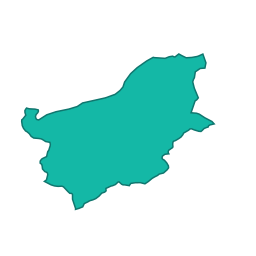 an SVG outline of Bulgaria, rotated 337°
{"feature_id": "BGR", "entity_name": "Bulgaria", "entity_type": "country or territory", "adm_level": 0, "iso_a3": "BGR", "parent_name": "Europe", "parent_adm1": "", "projection": "robinson", "projection_center": [24.961, 42.741], "detail": "fine", "context": "isolated", "style": "filled", "palette": "teal", "viewbox_px": 256, "rotation_deg": 337, "n_neighbors": 0, "source": "natural_earth", "source_scale": "50m", "svg_char_len": 2178}
<svg xmlns="http://www.w3.org/2000/svg" viewBox="0 0 256 256"><g transform="rotate(337 128 128)"><path d="M208.9,157.9L204.6,157.2L203.1,157.4L202.2,158.4L200.2,158.2L197.8,158.2L195.2,159.3L193.8,159.7L191.9,158.7L188.3,155.7L186.2,153.6L184.6,153.1L183.0,153.7L177.2,154.4L175.9,155.6L173.3,157.0L170.6,157.6L166.8,158.1L164.8,158.0L163.7,158.7L162.7,160.7L162.1,162.6L161.5,163.4L156.8,164.4L155.7,165.5L155.4,166.6L155.5,167.7L151.7,166.6L148.8,167.3L148.1,168.1L147.5,169.3L147.9,170.6L148.9,171.8L150.0,175.2L150.4,178.6L149.8,180.5L147.6,181.8L143.1,183.3L138.7,182.6L136.7,183.2L133.5,183.4L130.5,183.8L125.9,185.2L121.8,186.0L118.1,183.2L113.6,181.3L109.0,180.1L107.4,181.0L106.7,181.6L102.8,179.1L101.1,178.3L100.2,177.3L98.6,174.0L97.6,173.9L94.4,175.1L91.4,175.1L89.5,174.8L84.0,175.0L83.3,177.2L82.6,177.6L81.4,177.9L78.4,177.7L74.7,179.4L70.7,180.4L67.5,180.4L64.3,180.0L62.3,180.3L58.2,180.5L55.5,182.9L51.4,182.8L47.9,182.4L48.3,181.6L49.1,171.9L50.9,167.6L50.8,166.7L50.4,166.1L48.9,165.4L47.9,163.1L45.6,156.9L44.4,155.7L40.8,154.4L37.7,152.6L35.0,150.3L30.2,144.5L32.7,143.9L33.5,142.8L35.9,139.6L36.2,138.0L36.0,137.2L34.4,135.6L33.3,132.3L34.2,129.2L34.3,127.6L33.4,126.0L34.3,124.1L36.1,123.0L37.2,122.7L41.9,122.5L44.8,118.5L46.6,117.3L48.5,115.0L49.3,114.2L50.2,112.5L50.5,110.7L46.8,108.2L45.6,106.3L44.0,104.2L41.8,102.8L37.3,100.4L35.6,97.9L34.9,94.6L33.7,92.2L32.5,90.6L32.2,89.3L31.7,87.7L31.6,84.6L32.7,80.4L33.4,79.0L34.9,78.5L38.9,76.3L39.2,73.5L39.9,71.7L41.2,70.7L42.4,70.0L44.5,71.7L49.8,74.3L52.4,76.2L52.2,77.4L51.0,78.6L48.7,79.7L47.3,81.3L47.0,83.2L47.3,84.5L48.9,85.7L58.4,84.1L68.1,84.9L81.1,87.5L89.7,88.4L96.0,87.2L107.8,89.4L118.8,91.4L129.3,92.0L135.2,90.4L139.4,88.3L142.9,84.3L151.7,79.0L160.2,76.0L171.4,73.6L178.8,72.8L179.9,73.6L189.4,78.4L193.7,78.5L197.1,79.3L198.3,80.6L199.2,80.9L203.7,79.7L205.8,82.4L209.0,86.1L214.4,88.0L219.2,89.1L220.7,89.3L225.8,89.2L225.2,98.5L222.2,102.9L217.7,101.4L211.9,102.6L208.8,107.6L207.1,109.0L205.6,110.8L204.6,117.2L204.5,127.7L202.3,128.9L200.3,129.3L192.0,138.6L196.9,141.2L199.0,143.1L202.7,148.6L207.8,154.8L208.9,157.9Z" fill="#14b8a6" stroke="#0f766e" stroke-width="1.5"/></g></svg>